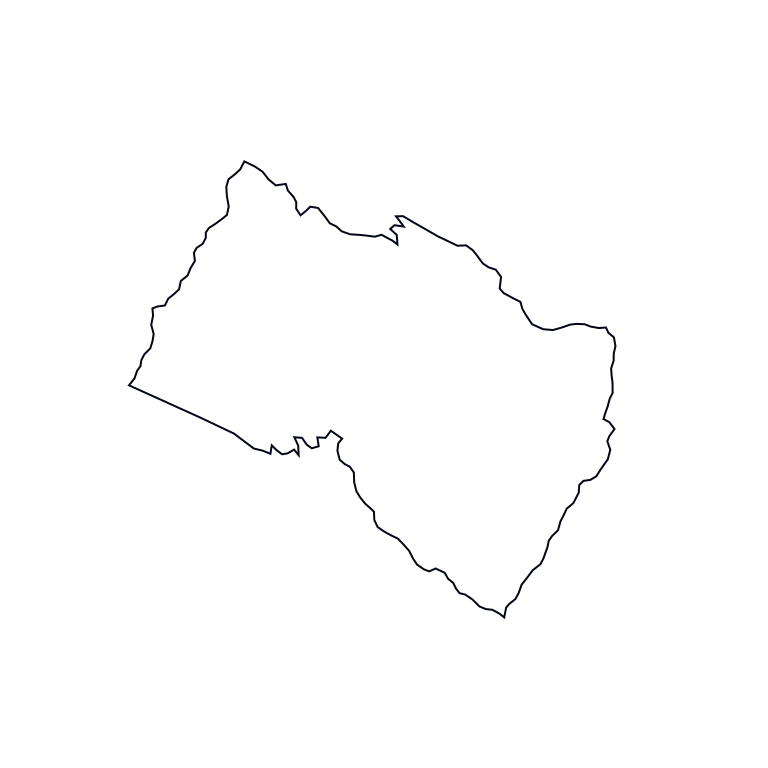 the district of Caçapava, São Paulo, Brazil, rotated 331°
{"feature_id": "56859067B89011723747361", "entity_name": "Caçapava", "entity_type": "district", "adm_level": 2, "iso_a3": "BRA", "parent_name": "Brazil", "parent_adm1": "São Paulo", "projection": "albers", "projection_center": [-45.711, -23.104], "detail": "fine", "context": "isolated", "style": "outline", "palette": "ink", "viewbox_px": 768, "rotation_deg": 331, "n_neighbors": 0, "source": "geoboundaries", "source_scale": "gbopen_adm2", "svg_char_len": 2590}
<svg xmlns="http://www.w3.org/2000/svg" viewBox="0 0 768 768"><g transform="rotate(331 384 384)"><path d="M579.6,502.7L584.5,493.7L587.2,486.9L590.2,480.5L596.1,475.0L599.8,468.6L604.8,463.1L607.7,454.7L605.1,448.1L605.5,442.2L599.0,439.2L592.6,434.0L588.6,429.1L581.6,424.8L575.6,422.3L566.9,420.8L557.9,418.7L549.7,413.2L542.5,403.5L541.6,392.7L541.4,385.6L543.1,378.3L539.1,372.5L532.7,362.5L531.5,356.6L538.3,347.1L537.2,338.2L532.1,332.7L528.9,326.6L527.5,315.9L526.5,310.0L523.0,302.5L515.3,298.7L511.0,292.6L505.9,285.4L502.5,280.7L498.9,274.6L487.4,255.7L482.1,246.5L475.8,243.2L476.9,250.2L477.6,255.9L470.2,250.2L464.6,251.4L467.4,259.8L463.4,268.5L460.9,262.7L457.5,257.5L454.2,252.3L447.4,250.7L439.5,244.9L435.0,241.8L426.9,236.6L421.0,229.9L418.7,223.1L414.5,217.1L413.6,209.4L411.7,198.1L405.5,193.2L399.6,194.8L392.8,196.0L392.2,188.0L395.4,182.5L395.6,176.8L393.7,168.2L395.1,161.4L385.6,157.8L382.2,148.9L380.7,139.5L376.8,131.7L369.8,121.6L362.2,126.6L356.2,128.1L347.2,129.6L341.6,135.2L337.6,143.7L334.3,153.4L328.6,160.0L321.8,161.2L314.6,162.1L306.4,162.7L301.6,165.1L299.0,169.8L293.4,173.5L286.2,174.1L281.4,177.0L278.3,184.7L271.2,188.7L264.8,193.9L256.2,195.4L250.7,201.8L244.5,203.4L236.6,204.8L230.4,209.1L223.5,206.4L218.1,205.6L215.2,212.2L209.1,219.4L206.8,228.6L202.3,234.3L196.9,239.5L188.7,241.9L183.2,245.6L179.7,250.3L174.5,252.7L168.6,258.1L160.3,261.5L207.6,325.1L228.8,354.7L231.9,361.8L235.1,368.9L238.9,377.4L245.5,383.4L250.8,390.0L256.1,383.2L257.9,389.6L260.8,396.1L266.0,397.9L273.6,397.8L274.8,404.9L279.1,396.3L279.8,387.1L286.2,391.4L287.0,399.6L289.7,405.2L296.7,406.8L299.8,398.4L306.8,402.7L314.9,399.1L318.3,406.2L320.9,411.5L315.2,413.7L311.0,419.6L308.5,428.8L310.9,435.1L314.0,439.8L314.7,446.8L310.2,455.6L307.9,464.4L308.2,471.8L309.5,479.5L311.6,485.3L313.3,490.9L309.6,498.2L309.1,506.1L311.8,511.6L314.7,516.5L317.8,521.2L321.2,526.0L323.1,533.1L325.1,542.1L324.8,550.7L325.3,557.9L329.1,565.5L332.7,569.8L339.7,570.4L345.6,578.6L345.6,585.4L348.1,591.5L347.8,598.1L348.7,603.6L352.9,607.5L356.9,615.3L359.6,624.8L363.9,630.2L369.3,634.0L373.7,640.9L376.0,646.4L382.4,638.8L387.2,637.0L394.6,635.8L400.5,632.1L407.1,626.2L415.6,622.7L423.7,619.0L433.5,617.4L438.7,614.0L447.7,606.1L452.2,600.9L457.4,598.4L465.3,596.3L471.8,589.6L477.5,585.9L483.4,581.6L491.8,580.0L501.7,573.4L505.8,567.0L511.5,565.4L518.0,567.9L524.9,567.7L532.0,563.8L543.2,558.4L550.0,551.3L551.6,542.3L555.9,538.8L563.8,535.1L562.6,526.7L559.0,521.1L563.2,516.9L568.5,512.3L574.4,506.2L579.6,502.7Z" fill="none" stroke="#020617" stroke-width="2"/></g></svg>